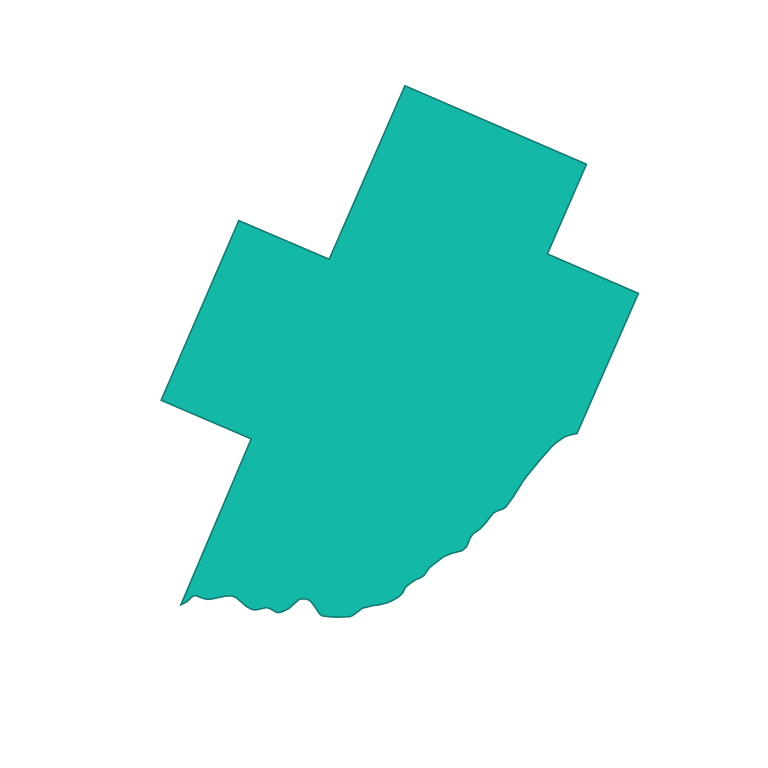 outline of Wabasha, Minnesota, United States of America, rotated 113°
{"feature_id": "52423323B18779355101233", "entity_name": "Wabasha", "entity_type": "district", "adm_level": 2, "iso_a3": "USA", "parent_name": "United States of America", "parent_adm1": "Minnesota", "projection": "albers", "projection_center": [-92.029, 44.281], "detail": "fine", "context": "isolated", "style": "filled", "palette": "teal", "viewbox_px": 768, "rotation_deg": 113, "n_neighbors": 0, "source": "geoboundaries", "source_scale": "gbopen_adm2", "svg_char_len": 1191}
<svg xmlns="http://www.w3.org/2000/svg" viewBox="0 0 768 768"><g transform="rotate(113 384 384)"><path d="M486.1,582.8L486.4,484.8L666.7,484.7L661.8,480.6L655.3,477.7L653.0,476.1L652.3,473.6L652.0,465.8L651.1,462.0L648.8,457.9L641.0,446.8L638.6,441.3L638.4,436.7L642.5,423.9L643.2,417.8L642.6,415.0L641.5,412.9L635.9,405.1L635.3,402.2L636.2,393.6L635.6,391.7L633.7,388.9L627.9,383.8L616.1,378.3L614.5,376.8L612.5,372.2L612.2,368.8L612.9,366.2L615.4,361.7L620.8,353.5L621.5,351.0L621.5,349.9L619.3,342.3L617.4,337.1L611.7,324.7L609.5,322.5L598.8,316.2L592.1,307.3L589.5,302.6L584.0,295.3L580.7,292.2L575.3,288.0L575.2,287.9L571.4,286.0L568.5,285.1L564.1,285.0L561.4,284.2L555.9,281.2L550.9,277.6L550.0,276.6L548.7,275.1L546.0,273.2L544.0,272.2L535.3,270.4L520.0,261.9L513.3,255.4L507.4,247.5L505.0,245.9L500.9,244.3L492.2,244.5L487.1,243.5L483.0,240.8L480.0,239.0L471.8,236.0L460.6,233.1L457.2,230.7L452.5,225.6L449.7,223.8L437.5,220.9L418.9,218.0L412.5,216.4L392.1,210.4L376.0,205.0L371.2,202.9L362.0,197.1L358.0,192.5L354.2,187.0L201.2,185.2L200.4,284.4L102.6,283.5L101.3,481.3L193.1,482.2L290.6,483.2L290.3,581.5L486.1,582.8Z" fill="#14b8a6" stroke="#0f766e" stroke-width="1.5"/></g></svg>